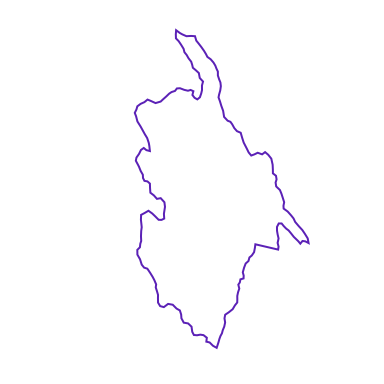 outline of Jussari, Bahia, Brazil, rotated 146°
{"feature_id": "56859067B48740648537316", "entity_name": "Jussari", "entity_type": "district", "adm_level": 2, "iso_a3": "BRA", "parent_name": "Brazil", "parent_adm1": "Bahia", "projection": "robinson", "projection_center": [-39.507, -15.151], "detail": "fine", "context": "isolated", "style": "outline", "palette": "violet", "viewbox_px": 384, "rotation_deg": 146, "n_neighbors": 0, "source": "geoboundaries", "source_scale": "gbopen_adm2", "svg_char_len": 3043}
<svg xmlns="http://www.w3.org/2000/svg" viewBox="0 0 384 384"><g transform="rotate(146 192 192)"><path d="M269.7,174.6L272.3,170.6L272.7,165.3L274.3,159.9L274.0,156.1L271.9,153.4L271.9,148.4L272.1,143.6L272.5,140.0L273.4,135.4L275.4,133.2L276.5,129.4L277.7,125.7L279.6,123.0L282.0,119.3L282.2,115.2L279.7,112.3L274.4,112.6L271.0,109.3L270.0,104.0L268.3,100.6L269.5,96.5L271.4,93.2L271.9,88.3L268.7,85.2L267.7,80.6L270.0,75.9L270.4,72.4L267.9,70.4L264.9,69.1L262.5,66.9L261.2,62.9L263.8,59.9L261.5,57.4L260.6,52.8L258.7,49.0L256.5,50.7L254.2,52.5L251.4,54.9L248.9,56.7L246.2,58.1L243.8,60.2L240.5,62.4L237.5,65.3L235.7,69.1L233.1,71.7L228.7,71.7L223.8,72.1L219.8,74.0L216.3,75.1L214.5,77.6L212.6,80.5L209.9,83.1L206.8,85.5L205.4,89.3L202.9,90.3L200.7,92.5L197.6,91.5L195.9,93.8L194.8,97.0L191.2,100.1L187.5,102.7L183.8,103.2L181.0,105.6L178.0,105.9L174.2,107.4L171.3,110.3L168.7,113.2L152.8,96.1L150.8,98.3L149.5,101.9L146.2,105.1L144.7,109.0L143.2,112.3L141.1,115.5L137.7,117.4L135.3,115.8L135.0,112.4L134.4,109.0L133.4,106.1L133.0,102.1L132.7,97.9L132.0,94.6L131.4,91.7L131.1,88.6L127.8,89.6L125.7,87.8L123.9,84.5L122.0,88.9L121.8,94.3L121.8,98.8L122.6,104.0L123.2,109.5L122.6,113.3L122.9,117.1L123.6,122.3L125.3,127.0L123.9,129.4L121.3,132.0L120.0,136.4L118.8,140.6L118.0,144.5L119.1,149.5L117.4,153.1L114.8,155.2L113.3,158.5L114.5,162.2L112.4,165.4L109.9,169.5L107.6,175.3L108.0,180.3L109.1,184.2L112.8,184.0L115.6,187.8L119.2,188.3L122.5,189.1L122.9,193.1L122.3,197.4L121.5,204.1L120.1,208.9L118.5,213.9L120.7,217.3L121.2,221.3L120.8,225.7L120.9,228.7L122.6,231.2L123.4,236.3L120.8,241.9L119.5,247.1L118.1,251.6L117.1,255.6L115.1,257.6L111.8,260.4L108.9,263.6L107.2,266.9L106.5,270.2L105.4,274.1L103.2,277.4L102.7,280.7L102.0,283.7L101.8,287.3L102.3,291.6L103.7,295.4L103.3,298.5L103.1,302.3L103.2,307.0L103.5,311.6L103.8,315.1L102.4,319.5L105.5,321.9L109.5,324.3L111.9,328.1L113.2,330.7L114.7,335.0L117.3,331.7L119.4,328.3L118.7,324.5L118.7,320.3L118.9,315.4L120.1,312.1L119.8,308.6L120.1,304.8L119.8,300.5L120.7,297.4L121.8,294.5L120.8,291.0L119.8,286.8L121.8,282.2L121.1,277.4L124.2,274.7L126.7,270.9L129.3,268.5L132.5,266.1L135.8,265.8L137.2,268.7L137.4,272.2L134.5,274.8L136.1,277.4L138.7,278.2L141.3,281.0L143.9,284.7L146.6,286.3L149.6,285.3L153.1,286.3L155.9,286.3L159.9,285.6L164.3,285.0L167.4,284.5L172.5,286.1L175.2,290.5L177.2,293.5L181.2,293.1L185.3,293.8L189.4,293.6L191.9,291.5L195.2,289.6L196.0,286.1L197.8,281.0L198.0,275.0L198.4,270.6L198.8,266.2L199.0,261.8L200.4,256.8L201.7,253.9L204.0,249.5L206.4,252.2L207.4,255.5L210.8,255.4L214.6,253.2L218.8,251.6L221.1,249.3L221.4,246.2L221.8,242.7L222.8,238.0L223.1,233.8L224.8,231.0L225.2,227.8L223.0,225.7L222.2,222.5L224.6,218.7L226.9,214.7L225.5,210.5L224.9,205.9L221.4,204.4L220.6,198.9L222.7,194.8L227.5,189.6L229.9,185.5L232.8,185.9L235.2,187.6L236.1,192.3L237.0,196.5L238.6,200.8L243.2,201.1L247.0,201.5L249.9,197.5L252.0,193.5L253.4,190.9L255.9,188.1L259.0,183.9L261.5,179.8L263.8,178.0L266.1,175.3L269.7,174.6Z" fill="none" stroke="#5b21b6" stroke-width="2"/></g></svg>